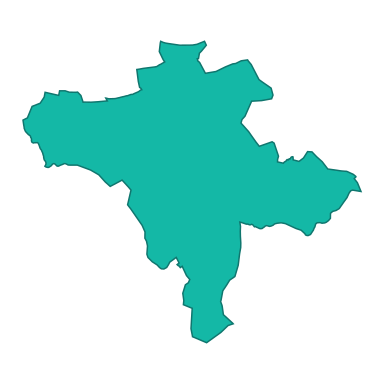 Dawakin Kudu, Kano, Nigeria
{"feature_id": "59680162B24430291126178", "entity_name": "Dawakin Kudu", "entity_type": "district", "adm_level": 2, "iso_a3": "NGA", "parent_name": "Nigeria", "parent_adm1": "Kano", "projection": "orthographic", "projection_center": [8.658, 11.798], "detail": "fine", "context": "isolated", "style": "filled", "palette": "teal", "viewbox_px": 384, "rotation_deg": 0, "n_neighbors": 0, "source": "geoboundaries", "source_scale": "gbopen_adm2", "svg_char_len": 4367}
<svg xmlns="http://www.w3.org/2000/svg" viewBox="0 0 384 384"><path d="M146.5,241.2L147.5,246.0L146.9,254.2L148.0,257.5L152.3,261.8L157.1,264.9L159.5,267.5L161.3,268.8L163.9,269.0L166.7,267.5L168.5,264.6L169.7,262.2L176.2,257.4L179.1,263.0L177.1,264.6L178.0,265.5L178.7,265.8L178.9,266.0L179.2,266.2L180.3,267.6L182.2,266.3L186.5,275.6L189.8,279.5L188.3,282.8L185.4,284.8L182.8,293.3L183.8,300.5L183.4,304.7L192.2,308.3L191.0,328.7L192.5,336.4L192.5,336.7L206.6,342.7L220.9,332.4L228.1,325.5L233.2,323.8L232.4,322.9L232.1,322.7L227.6,318.5L223.4,314.7L222.2,306.3L222.0,305.4L220.6,301.5L221.0,300.5L222.8,290.8L226.5,285.3L229.1,281.1L229.6,280.2L234.9,276.5L238.2,265.3L239.6,253.8L240.7,247.6L240.8,243.1L240.4,236.3L240.3,231.2L240.4,228.6L240.5,226.3L239.8,222.1L242.1,222.7L244.2,223.4L246.2,224.1L247.8,224.1L249.4,224.8L250.5,224.8L251.6,224.3L252.7,224.7L253.7,225.9L254.4,226.8L255.5,226.6L256.8,227.3L258.3,227.9L259.4,228.5L260.8,228.7L262.1,228.5L263.3,227.6L264.4,226.9L265.3,226.0L266.5,225.6L267.9,225.9L269.4,226.4L271.0,226.1L273.1,225.2L274.6,223.9L277.3,223.2L281.2,222.8L285.4,223.6L290.6,226.0L296.0,228.5L301.1,230.2L304.9,233.7L305.5,234.9L306.6,235.4L308.0,235.6L310.5,234.5L313.4,230.1L314.0,228.4L314.9,226.9L315.6,224.1L317.1,222.8L320.0,222.6L322.0,223.2L324.8,222.9L326.4,222.2L328.5,220.6L330.4,218.4L330.5,213.3L332.7,211.4L336.0,210.5L339.2,208.6L343.6,202.3L347.0,197.6L349.0,193.2L350.7,190.8L352.6,190.1L361.0,191.5L357.4,182.7L354.2,178.6L355.9,176.9L355.9,176.5L353.5,174.5L352.8,174.1L349.9,172.8L348.0,171.9L346.8,171.4L346.3,171.3L344.4,171.2L340.9,170.9L336.4,170.2L327.8,169.0L322.2,161.7L316.6,156.7L312.0,151.9L307.6,151.6L303.5,158.0L299.8,160.8L299.0,161.4L293.2,159.9L293.0,156.9L292.4,156.7L291.9,156.9L291.4,157.0L291.1,157.3L290.9,157.5L290.7,158.0L290.5,158.3L290.4,158.4L290.2,158.7L290.0,159.0L289.3,158.8L289.0,159.2L288.8,159.2L288.5,159.4L288.5,159.5L288.4,159.5L288.1,159.5L287.9,159.6L287.7,159.6L287.8,159.9L287.6,159.9L286.9,159.8L286.6,160.1L286.4,160.3L286.2,160.8L285.9,161.1L285.5,161.4L284.9,161.7L284.4,162.0L284.0,162.4L283.6,162.9L283.4,163.2L277.5,161.9L277.6,159.5L277.7,159.0L278.5,156.2L274.1,143.1L272.7,142.2L272.1,141.8L259.3,146.3L256.0,142.1L251.6,135.9L248.6,131.6L241.0,123.1L242.0,119.5L245.0,116.2L251.6,101.2L261.6,100.6L271.6,98.8L273.0,95.1L271.1,88.1L262.7,82.3L259.0,79.6L251.2,64.5L248.2,60.9L247.6,59.9L241.2,60.8L235.7,63.5L232.7,63.9L225.4,66.9L216.0,71.5L205.4,73.3L199.7,62.6L198.7,61.6L198.4,61.4L198.1,61.2L197.8,60.8L197.7,60.6L197.6,60.1L197.5,59.6L197.5,59.2L197.3,58.7L198.1,58.6L198.5,58.5L199.4,53.2L201.4,51.2L203.3,48.9L205.2,46.6L206.3,45.2L204.5,41.3L197.0,44.3L192.3,45.1L179.8,45.2L168.8,43.6L165.7,43.1L163.2,42.4L160.7,41.3L160.3,42.9L159.3,51.6L163.2,59.7L164.7,61.9L160.8,64.2L159.4,64.8L156.9,66.5L155.1,66.9L143.2,68.4L139.5,69.1L136.8,69.5L138.3,81.4L139.6,87.4L141.0,88.4L141.7,89.7L141.1,89.8L140.3,90.3L139.5,91.0L138.5,91.7L135.3,93.1L133.9,93.7L133.1,94.2L132.8,94.3L132.0,94.4L131.1,94.4L128.9,95.2L127.7,95.7L127.4,95.7L126.1,95.9L124.1,96.5L122.6,96.8L120.9,97.2L119.2,97.7L118.1,97.9L117.0,98.2L115.1,98.6L112.6,98.7L109.2,98.8L108.3,98.7L106.4,98.2L105.8,98.1L107.3,100.9L97.5,101.8L91.2,102.2L84.4,102.1L83.1,102.2L80.9,95.5L77.6,92.1L75.8,92.3L69.3,92.2L66.6,91.3L65.1,90.8L59.6,90.8L58.7,95.4L58.2,95.3L45.1,92.3L44.2,97.1L40.2,103.2L32.1,106.4L31.0,109.1L27.4,117.9L23.0,120.1L23.6,124.3L24.1,127.1L24.2,128.4L24.7,129.6L25.3,131.1L25.9,131.9L26.3,132.4L27.2,133.3L28.5,134.7L29.6,135.3L30.4,136.1L30.7,137.4L31.4,138.5L31.5,139.8L31.4,140.3L31.7,141.9L32.4,142.5L33.3,143.0L34.6,142.7L36.1,142.7L37.5,142.6L38.3,143.4L38.5,143.9L38.8,144.5L39.2,145.5L39.6,146.7L39.9,147.7L40.4,148.8L41.3,149.9L41.9,151.3L42.7,153.1L43.1,154.8L43.6,156.1L43.7,157.6L44.2,159.8L44.6,160.3L45.3,161.2L45.8,162.1L46.0,163.2L45.9,164.4L45.6,165.0L45.2,165.6L44.9,166.3L45.7,166.8L46.0,167.0L47.5,167.4L48.7,167.4L49.5,166.9L51.3,165.7L51.6,165.4L52.2,164.4L53.3,163.7L54.3,163.7L55.2,164.2L55.5,164.6L57.1,166.1L58.6,166.1L59.6,165.6L60.4,165.2L61.5,164.8L62.3,164.5L63.1,164.2L64.0,163.6L65.6,163.7L67.1,164.4L68.1,165.0L70.0,165.1L77.3,165.1L90.5,170.0L98.8,174.8L105.3,182.0L110.2,186.4L122.1,180.1L128.4,187.0L131.0,190.1L127.6,204.8L130.9,209.1L142.1,225.3L145.0,231.9L144.9,238.2L146.5,241.2Z" fill="#14b8a6" stroke="#0f766e" stroke-width="1.5"/></svg>